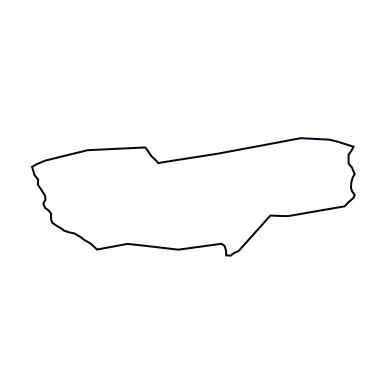 outline of Belém do Piauí, Piauí, Brazil, rotated 97°
{"feature_id": "56859067B25212640254250", "entity_name": "Belém do Piauí", "entity_type": "district", "adm_level": 2, "iso_a3": "BRA", "parent_name": "Brazil", "parent_adm1": "Piauí", "projection": "albers", "projection_center": [-40.98, -7.39], "detail": "fine", "context": "isolated", "style": "outline", "palette": "ink", "viewbox_px": 384, "rotation_deg": 97, "n_neighbors": 0, "source": "geoboundaries", "source_scale": "gbopen_adm2", "svg_char_len": 995}
<svg xmlns="http://www.w3.org/2000/svg" viewBox="0 0 384 384"><g transform="rotate(97 192 192)"><path d="M182.8,35.2L178.2,31.0L175.0,30.2L171.7,33.3L168.2,34.8L162.7,35.0L158.2,34.3L154.2,32.7L151.5,34.5L148.3,36.1L144.9,39.9L140.3,40.6L135.8,41.1L131.2,38.6L127.4,37.2L124.4,53.0L123.3,61.8L125.3,90.4L127.4,97.3L129.6,104.1L150.8,171.0L163.3,215.0L167.4,229.0L164.9,231.8L161.5,236.5L155.8,241.5L153.5,244.0L162.3,295.3L163.3,300.9L165.5,306.6L171.4,322.3L178.8,341.7L183.5,349.8L186.5,353.8L194.3,350.4L198.5,346.2L203.4,345.9L208.8,341.3L213.6,337.4L217.3,336.5L221.8,338.2L225.7,335.8L228.0,331.7L230.7,329.3L236.2,328.6L239.5,327.0L242.0,322.3L244.1,317.4L245.9,314.4L246.9,309.5L247.5,303.5L250.7,296.3L252.5,293.5L255.2,287.1L257.6,283.4L260.7,279.3L251.4,249.8L251.2,239.0L250.9,198.6L239.8,156.4L241.6,153.0L246.1,151.1L250.7,150.3L250.5,146.0L247.1,142.4L245.0,138.6L205.8,111.3L205.0,100.9L204.2,93.6L187.6,38.7L182.8,35.2Z" fill="none" stroke="#020617" stroke-width="2"/></g></svg>